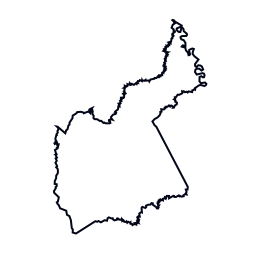 outline of Vistahermosa, Meta, Colombia, rotated 257°
{"feature_id": "7082276B61594004967505", "entity_name": "Vistahermosa", "entity_type": "district", "adm_level": 2, "iso_a3": "COL", "parent_name": "Colombia", "parent_adm1": "Meta", "projection": "orthographic", "projection_center": [-73.544, 2.77], "detail": "fine", "context": "isolated", "style": "outline", "palette": "ink", "viewbox_px": 256, "rotation_deg": 257, "n_neighbors": 0, "source": "geoboundaries", "source_scale": "gbopen_adm2", "svg_char_len": 5917}
<svg xmlns="http://www.w3.org/2000/svg" viewBox="0 0 256 256"><g transform="rotate(257 128 128)"><path d="M49.0,166.8L49.9,166.8L50.7,168.7L50.1,170.1L51.6,169.8L52.5,170.7L55.0,170.5L54.7,172.2L57.2,173.0L122.8,155.9L124.8,154.5L128.9,153.3L130.7,155.9L131.7,159.3L133.3,161.7L135.0,163.0L136.3,163.0L136.4,164.4L138.8,164.6L138.0,167.1L138.6,168.3L139.4,168.3L139.4,169.7L140.2,169.6L139.9,171.4L140.8,173.0L139.4,173.9L140.2,174.9L140.0,175.6L138.5,176.7L137.7,176.2L137.5,177.3L139.4,178.8L140.1,180.8L141.6,181.4L143.0,180.0L143.6,180.5L144.4,180.0L145.3,180.4L145.7,179.4L146.6,180.7L147.4,180.6L147.3,181.7L149.3,183.9L148.8,185.2L149.6,188.6L151.6,189.0L150.8,190.1L151.2,190.7L150.1,191.5L150.1,193.4L149.2,194.1L150.0,195.2L148.6,198.6L150.2,199.1L150.4,200.9L151.2,201.6L150.5,202.1L152.0,202.7L153.6,206.8L153.6,208.5L151.7,211.9L152.2,213.5L153.3,214.3L155.0,213.3L155.3,209.1L157.3,208.1L161.6,209.2L162.0,211.0L160.5,212.5L160.4,213.5L162.2,214.5L163.9,214.2L164.7,212.9L164.6,207.0L167.5,205.9L169.8,206.9L170.3,208.8L169.6,210.9L167.4,212.6L168.1,214.4L171.3,213.8L172.6,212.6L173.3,210.6L172.0,208.4L173.2,207.4L175.2,207.7L178.9,212.1L182.9,208.9L185.4,207.7L187.3,208.1L190.2,209.9L191.0,208.5L190.4,205.3L189.2,204.8L186.1,205.2L185.2,204.3L185.3,203.4L188.1,203.3L190.6,201.9L193.4,201.9L195.2,198.7L196.2,199.9L195.0,202.4L198.1,203.1L201.1,202.0L202.3,200.0L203.5,199.5L205.0,199.8L205.4,201.4L204.6,205.5L205.4,206.4L206.7,206.5L209.8,204.1L212.1,204.3L213.2,203.7L212.8,202.2L209.8,200.6L209.9,199.5L211.1,198.2L213.0,197.5L214.1,198.0L214.9,203.0L215.7,203.4L220.9,197.9L222.8,196.8L223.6,194.9L221.3,196.9L220.2,196.6L219.4,197.1L218.5,194.8L215.9,193.0L213.8,194.7L212.3,194.2L211.7,195.5L211.0,195.2L209.9,192.4L208.9,192.1L208.7,192.7L208.0,192.3L207.4,193.0L206.3,191.5L205.4,191.4L205.4,190.5L202.6,189.5L202.4,187.3L201.5,188.6L200.8,188.5L201.3,187.6L200.4,187.2L200.8,186.7L199.5,186.7L199.8,185.8L198.7,185.5L199.5,184.1L198.8,184.2L198.6,183.2L198.1,183.7L196.9,181.0L196.3,181.6L195.1,179.8L194.8,180.3L195.4,182.2L193.9,181.5L192.9,183.9L192.6,182.6L191.0,183.2L191.1,182.6L191.8,182.8L191.7,182.0L189.9,182.5L190.1,181.5L189.2,180.8L188.8,181.2L188.5,180.6L187.9,180.8L187.2,179.3L186.6,179.3L187.2,179.9L186.6,180.3L185.8,179.6L184.7,180.0L183.6,178.0L182.2,178.7L181.5,177.9L182.1,177.7L181.4,177.2L181.7,176.6L180.7,177.4L180.8,176.6L180.2,176.5L179.3,178.5L178.4,177.8L178.7,177.4L178.3,177.0L177.6,178.1L176.7,176.7L176.0,177.7L175.0,176.2L175.5,175.7L173.9,175.1L174.5,174.6L173.9,173.5L171.7,173.2L171.7,171.8L173.0,171.8L171.3,171.2L171.9,170.5L171.2,170.1L171.9,169.7L170.9,169.1L171.5,168.5L170.3,167.0L170.8,165.2L170.1,164.8L170.2,160.8L168.6,159.3L169.5,159.2L170.2,156.0L171.0,156.0L170.3,154.4L171.1,153.0L170.7,152.5L171.3,152.4L170.6,152.1L172.0,150.3L171.1,149.3L171.5,148.3L170.6,147.5L169.7,147.7L170.1,146.8L168.9,146.3L169.8,145.5L168.7,143.5L169.7,142.3L169.5,141.0L170.3,141.1L170.4,140.2L171.2,139.8L169.8,139.3L170.7,137.7L170.1,137.8L169.6,136.1L168.9,136.5L168.6,135.5L168.6,134.8L169.6,134.2L168.2,133.8L168.0,133.2L167.7,134.0L165.6,132.8L164.8,133.0L164.3,132.1L162.9,133.0L162.7,132.2L162.0,133.0L161.5,131.8L161.8,131.2L160.7,131.6L158.8,131.0L158.2,130.1L158.4,128.7L159.0,128.9L159.1,128.2L157.7,128.2L158.0,127.7L156.8,127.6L156.5,126.7L156.0,127.0L156.2,125.9L155.5,126.8L155.0,126.2L153.9,126.3L153.9,124.6L153.3,125.0L152.6,124.3L152.2,124.9L151.4,124.0L150.7,124.4L150.8,123.3L148.4,122.4L147.0,119.3L145.7,119.8L145.6,119.2L145.2,119.6L144.5,119.1L144.4,116.5L142.6,114.0L141.5,113.8L139.6,114.7L140.4,113.2L140.1,111.3L139.2,111.0L138.7,111.9L136.9,112.0L136.7,111.0L137.7,107.0L138.6,106.2L138.5,105.2L141.0,103.5L141.2,102.1L143.5,99.9L144.2,97.3L145.7,96.6L147.5,97.3L150.6,96.4L151.6,97.3L153.1,96.5L153.5,97.3L154.6,96.7L155.5,97.6L155.1,95.8L154.2,96.6L152.7,95.4L153.7,95.3L154.0,94.2L151.6,94.2L152.5,93.6L152.9,92.2L152.3,88.3L153.1,88.1L154.4,85.6L154.9,82.0L154.0,81.2L152.5,76.9L150.0,76.1L146.5,72.3L144.4,71.7L143.8,70.5L140.4,68.8L139.6,67.2L137.0,65.7L145.1,59.7L145.4,59.0L143.9,60.0L141.9,59.6L141.0,58.6L139.3,58.5L138.0,56.9L137.0,57.0L136.9,56.4L133.8,54.8L132.2,54.8L130.2,53.9L129.7,52.9L128.9,53.1L129.4,54.3L128.3,55.0L129.5,55.6L127.7,55.9L127.6,56.7L126.3,56.0L126.3,55.3L125.2,55.5L124.7,54.3L123.9,54.6L123.0,51.9L118.9,52.2L118.6,51.6L118.3,52.4L117.2,51.5L115.1,52.1L114.7,50.7L112.1,51.2L110.5,49.5L106.8,50.4L105.9,49.2L104.3,50.2L102.4,50.2L99.7,49.4L97.7,47.3L95.3,46.7L92.7,44.7L90.0,44.0L89.2,45.9L87.2,45.3L86.7,44.2L85.4,44.0L83.1,41.6L81.5,41.5L76.1,45.0L72.0,43.1L71.6,41.9L70.1,42.2L68.4,43.2L65.0,43.8L61.3,49.2L57.2,49.0L55.3,51.1L50.9,51.6L43.0,50.7L41.6,51.4L38.6,50.6L36.9,53.6L44.5,75.2L43.6,76.9L44.0,78.3L42.2,80.4L43.4,84.4L42.4,86.7L44.7,87.9L45.2,89.3L43.6,91.5L43.5,92.8L42.2,92.9L41.0,94.1L41.2,97.1L42.2,97.0L42.3,97.6L40.6,99.1L40.1,100.7L40.7,101.2L39.8,101.3L40.5,101.7L39.4,102.4L38.6,102.1L38.0,102.8L38.4,103.1L37.4,103.5L36.9,104.9L37.3,105.5L35.8,105.9L36.6,107.1L35.3,108.6L35.6,109.2L34.1,108.9L33.7,110.3L32.4,110.5L33.0,112.1L32.4,113.8L33.8,113.3L33.5,114.4L32.4,114.6L33.8,116.1L33.3,116.8L34.1,116.6L34.3,115.9L34.6,116.7L34.1,117.1L35.0,117.6L34.8,116.8L35.5,116.2L36.2,117.6L36.7,116.9L37.2,117.5L38.8,116.9L39.0,117.4L38.1,118.1L39.0,118.6L39.6,118.1L40.0,119.0L39.5,119.6L42.1,119.7L43.1,121.9L42.6,122.6L47.0,123.2L47.9,124.2L46.2,126.9L46.9,128.0L48.3,128.1L48.7,130.7L48.3,132.6L49.5,134.0L49.0,135.2L47.7,134.9L44.0,138.2L43.3,138.0L42.8,139.1L43.8,140.0L44.7,139.7L45.7,140.8L45.9,140.0L48.0,139.8L48.3,141.3L49.1,140.7L49.6,142.3L50.0,141.9L50.4,142.7L50.8,142.2L51.3,143.4L50.1,144.2L50.4,145.0L49.7,145.8L51.2,146.1L51.3,147.7L50.7,148.5L52.2,148.6L51.5,149.6L53.1,150.5L52.6,152.7L50.3,152.2L51.7,156.8L51.4,157.6L50.5,157.6L50.0,159.1L50.7,161.7L50.0,162.6L50.6,162.8L49.1,164.7L49.0,166.8Z" fill="none" stroke="#020617" stroke-width="2"/></g></svg>